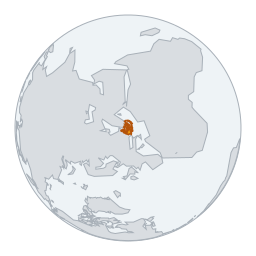 the Earth from above Greece, rotated 218°
{"feature_id": "GRC", "entity_name": "Greece", "entity_type": "country or territory", "adm_level": 0, "iso_a3": "GRC", "parent_name": "Europe", "parent_adm1": "", "projection": "orthographic", "projection_center": [23.941, 38.339], "detail": "fine", "context": "on_globe", "style": "filled", "palette": "amber", "viewbox_px": 256, "rotation_deg": 218, "n_neighbors": 0, "source": "natural_earth", "source_scale": "50m", "svg_char_len": 15035}
<svg xmlns="http://www.w3.org/2000/svg" viewBox="0 0 256 256"><g transform="rotate(218 128 128)"><circle cx="128" cy="128" r="113" fill="#eef3f6" stroke="#a8b0b8"/><path d="M88.1,22.7L88.9,22.4L85.7,23.6L87.5,23.0L91.6,21.5L93.9,20.8L105.7,18.8L119.5,17.2L123.6,16.4L122.9,17.1L130.6,15.7L137.9,16.0L129.8,16.0L129.0,16.3L134.0,16.4L134.3,16.8L136.9,17.2L136.9,17.7L132.1,18.0L131.9,18.4L135.5,18.5L137.7,19.3L132.5,19.1L135.7,20.6L128.3,22.0L114.4,21.9L110.4,24.1L96.2,28.2L97.6,28.7L93.1,30.9L93.0,32.4L90.4,33.0L92.5,33.7L94.9,32.9L96.7,33.0L96.8,33.9L93.5,34.7L93.0,34.4L92.1,35.1L90.4,35.2L91.3,35.6L87.3,36.7L91.5,37.0L88.4,39.1L85.7,39.4L85.8,37.6L79.7,34.8L77.0,35.0L73.1,37.0L66.2,44.3L63.3,45.6L59.5,48.7L61.2,48.6L64.7,46.3L66.9,47.3L71.0,44.6L72.5,44.7L76.8,43.0L76.4,45.3L73.6,48.6L70.0,50.3L68.7,51.9L72.3,52.1L65.7,57.3L61.7,64.7L60.0,66.0L56.4,64.8L55.9,59.8L51.2,59.4L54.5,61.9L50.1,65.5L49.5,67.2L49.8,68.4L51.5,68.0L50.1,69.8L46.4,67.7L47.6,66.0L48.8,66.6L48.6,64.5L46.0,63.6L44.0,65.7L42.3,62.9L40.8,64.6L39.6,65.0L42.1,62.5L37.7,67.1L35.3,66.2L29.3,74.7L35.0,65.6L36.9,62.3L38.7,59.5L37.7,60.8L40.5,57.1L46.1,50.7L52.1,44.7L58.6,39.3L65.5,34.3L72.7,29.9L80.3,26.0L88.1,22.7ZM18.8,100.5L18.5,102.2L17.3,107.3L18.1,104.8L17.3,109.3L17.6,116.6L17.3,117.1L17.3,129.6L19.4,139.3L19.8,144.7L19.4,146.2L20.5,149.3L20.6,150.9L27.0,163.1L31.7,172.1L32.6,177.3L30.6,179.3L33.4,188.5L31.7,186.3L27.7,179.3L24.3,171.9L21.4,164.4L19.1,156.6L17.3,148.7L16.1,140.7L15.5,132.6L15.4,124.5L16.0,116.4L17.1,108.4L18.8,100.5ZM29.0,74.2L27.7,77.2L23.4,88.1L24.3,84.7L25.8,81.2L27.9,76.5L29.0,74.3L29.0,74.2ZM29.4,75.7L30.0,74.2L29.6,75.4L29.4,75.7ZM94.9,20.4L91.7,21.5L87.9,22.8L90.5,21.8L94.9,20.4ZM102.2,18.7L100.8,19.1L98.9,19.3L100.3,19.0L102.2,18.7ZM126.5,15.9L123.9,16.1L126.3,15.9L126.5,15.9ZM137.3,17.1L138.0,17.0L139.1,17.3L137.3,17.1ZM76.8,41.9L76.8,42.4L76.0,42.5L76.8,41.9ZM78.6,40.7L77.7,40.3L78.4,39.7L79.0,39.9L78.6,40.7ZM139.9,18.4L141.4,19.0L139.1,18.4L139.9,18.4ZM79.6,41.3L79.9,38.7L81.2,37.7L84.5,37.7L79.6,41.3ZM141.8,19.4L145.5,21.1L147.3,20.9L144.4,22.6L142.2,20.4L139.0,19.7L141.3,19.8L141.8,19.4ZM95.6,32.3L93.1,33.2L95.0,31.6L95.6,32.3ZM96.4,31.3L100.0,27.0L103.9,26.3L101.9,27.8L106.7,26.5L106.8,28.2L104.2,29.3L101.7,29.4L103.7,30.1L96.4,31.3ZM142.2,23.4L142.4,24.0L141.3,23.5L142.2,23.4ZM97.5,32.9L97.9,32.0L101.2,31.3L101.1,33.0L100.1,32.7L97.5,32.9ZM107.9,25.3L110.4,25.2L111.2,26.6L112.2,26.8L107.2,28.2L107.9,25.3ZM99.4,33.3L100.9,33.9L99.5,35.1L97.4,33.8L99.4,33.3ZM102.2,30.5L103.8,30.3L102.8,30.9L102.2,30.5ZM95.3,39.9L95.6,38.7L97.4,38.2L95.3,39.9ZM101.6,34.1L102.1,33.7L102.8,33.4L103.5,34.1L101.6,34.1ZM108.1,29.1L107.9,29.8L110.2,28.6L110.8,29.7L107.3,30.5L109.1,30.6L109.3,31.0L106.3,31.3L108.1,29.1ZM106.5,33.9L102.3,35.6L101.2,37.9L99.5,38.4L101.6,34.6L106.5,33.9ZM106.6,32.3L106.2,33.4L104.4,33.3L103.6,32.6L106.6,32.3ZM112.6,30.2L112.4,28.3L113.2,28.2L112.6,30.2ZM106.5,34.6L107.5,34.2L106.6,34.8L106.5,34.6ZM111.1,31.5L110.9,30.8L111.8,30.7L111.1,31.5ZM109.7,34.1L108.3,34.5L107.7,34.0L109.7,34.1ZM110.6,32.9L111.8,32.9L108.3,33.5L110.4,32.6L110.6,32.9ZM111.9,31.6L112.4,31.3L111.9,31.9L111.9,31.6ZM112.7,36.0L108.4,36.8L107.1,35.5L111.4,34.9L112.7,36.0ZM62.8,173.8L55.7,156.1L59.1,151.3L59.5,144.1L82.5,125.5L87.5,128.4L105.7,128.2L108.0,129.4L106.0,135.3L119.8,143.6L124.0,138.7L136.4,142.4L144.5,141.6L147.1,130.0L133.8,131.2L131.4,125.7L141.9,120.0L153.5,119.3L152.9,117.2L145.5,113.2L148.0,108.9L142.9,111.6L145.1,113.6L141.9,115.4L139.7,113.8L140.7,112.2L137.2,111.5L133.4,119.6L135.2,122.5L126.0,124.2L128.2,129.3L125.7,131.8L121.2,124.1L121.5,121.2L113.3,112.6L112.1,115.7L119.8,124.2L117.4,123.5L115.9,128.2L115.2,124.0L107.1,114.5L98.7,115.4L88.3,125.6L83.3,125.5L79.1,122.0L82.8,110.4L93.4,112.0L94.8,108.4L92.5,102.2L95.9,103.3L96.3,101.1L100.2,101.5L105.7,97.0L109.7,96.9L111.8,90.4L114.1,89.6L112.2,93.6L113.1,96.5L123.1,96.7L125.0,95.3L125.5,91.2L128.2,91.9L127.4,87.9L133.1,86.2L125.5,85.1L125.9,80.6L129.2,77.3L128.0,75.7L122.5,81.3L121.6,83.7L123.0,86.1L119.2,93.2L115.8,94.3L114.6,86.4L109.6,87.2L110.8,81.1L124.8,69.1L130.7,66.8L140.7,72.0L139.4,74.8L135.2,74.3L139.2,78.7L138.8,76.4L141.1,77.2L142.0,73.5L143.6,73.9L141.7,69.8L143.8,69.9L145.0,72.5L148.2,67.5L152.5,66.8L152.4,65.6L151.1,64.4L157.5,64.6L157.2,63.7L155.0,63.2L152.9,61.1L151.6,57.7L153.9,57.9L154.6,59.2L159.6,62.5L161.3,66.1L162.1,65.9L161.2,62.8L155.1,58.8L153.7,56.6L156.8,58.2L155.6,57.4L155.6,56.5L157.8,55.8L154.5,54.1L151.7,44.2L155.5,42.3L158.6,44.5L159.0,38.8L163.4,37.7L161.3,37.2L160.2,34.5L158.8,34.8L157.7,34.4L154.1,28.3L155.0,27.3L151.1,24.7L150.0,24.6L149.2,25.1L144.4,22.6L147.3,20.9L149.6,21.4L149.9,20.3L155.0,21.6L159.3,22.4L164.6,24.9L167.6,25.5L167.4,25.0L171.2,25.8L180.0,29.4L173.9,28.5L161.0,24.7L166.4,26.3L165.4,26.6L167.5,27.7L171.3,28.9L171.5,28.6L179.0,35.2L188.6,41.3L187.3,38.5L189.2,38.4L198.9,44.3L212.2,58.9L214.9,60.1L217.0,62.3L218.7,65.6L215.8,62.5L215.1,63.2L213.1,61.1L215.0,65.8L212.3,63.0L215.1,68.3L217.1,69.5L216.5,66.2L220.0,72.2L222.9,73.3L226.3,77.9L231.8,91.6L232.7,99.3L233.4,101.3L232.2,101.4L233.0,107.4L237.2,112.9L237.9,115.8L238.1,125.3L237.6,123.4L234.4,123.8L235.5,131.3L238.1,132.7L239.0,137.8L237.8,138.9L236.7,134.7L235.5,134.6L234.6,128.4L231.2,121.6L229.9,126.3L228.8,122.7L223.9,118.5L221.4,125.1L218.2,141.0L219.8,150.6L217.8,156.8L210.5,147.2L206.8,138.8L204.4,141.4L196.6,136.6L183.9,142.1L181.9,140.1L179.6,142.3L174.1,141.5L171.0,137.9L167.7,139.1L176.1,148.5L179.5,147.1L182.1,141.6L183.8,145.2L189.1,146.8L183.9,158.8L164.8,172.9L162.6,165.9L146.4,147.0L146.8,144.5L146.7,144.2L146.5,143.7L145.3,148.0L142.4,144.0L151.4,158.0L153.0,164.2L164.5,173.4L163.5,174.8L167.1,176.3L178.3,170.4L178.4,172.8L173.3,185.3L157.6,202.4L159.5,210.3L158.1,217.0L147.9,222.5L148.5,226.6L143.2,228.6L142.7,230.7L138.3,233.2L131.0,235.3L119.0,235.1L118.4,233.6L112.8,229.7L105.0,218.7L108.3,213.7L107.3,209.0L98.6,197.1L100.5,190.9L98.1,187.8L93.2,187.7L90.4,183.8L87.4,183.1L68.6,180.4L62.8,173.8ZM74.8,136.9L74.2,139.1L74.8,136.9ZM166.1,124.2L172.8,122.8L169.3,116.4L171.6,115.4L169.5,113.7L169.0,116.0L163.9,111.1L166.6,108.2L165.5,105.3L163.1,105.7L159.0,111.8L166.3,118.6L165.0,122.0L166.1,124.2ZM17.7,116.7L17.6,118.6L17.4,117.5L17.7,116.7ZM23.5,86.1L23.0,87.6L22.5,89.2L22.7,88.3L23.5,86.1ZM21.2,98.7L21.0,100.9L20.9,99.5L21.2,98.7ZM22.9,89.8L21.3,97.2L21.1,95.1L22.2,90.5L21.9,92.5L22.9,89.8ZM27.9,77.7L27.4,78.9L27.0,79.5L27.9,77.7ZM29.1,76.6L29.2,76.3L29.8,75.2L29.1,76.6ZM50.4,65.6L50.6,65.9L50.6,67.4L49.8,67.2L50.4,65.6ZM55.1,71.7L52.7,74.5L53.9,72.2L52.3,72.3L53.0,67.9L59.2,66.4L56.3,67.8L55.1,71.7ZM55.6,61.8L54.5,64.6L55.4,61.7L55.6,61.8ZM94.3,89.6L95.7,91.3L94.3,93.6L89.1,94.4L91.2,90.9L94.3,89.6ZM98.0,93.2L98.3,85.5L101.4,85.0L99.6,86.5L101.7,86.9L99.3,89.6L102.2,96.8L101.1,99.4L92.2,99.0L95.7,97.6L94.2,95.9L98.0,93.2ZM93.2,69.4L93.3,66.7L100.0,68.9L99.1,71.1L94.0,71.9L92.0,69.7L93.2,69.4ZM85.3,42.1L85.0,41.5L85.9,41.2L86.9,41.5L85.3,42.1ZM95.3,39.4L88.0,45.0L87.2,44.5L83.9,48.8L80.4,49.0L82.7,46.2L77.6,49.8L78.2,47.3L75.0,50.0L80.4,43.6L80.8,41.7L81.7,43.6L84.8,43.4L86.3,42.7L90.7,39.6L93.1,35.8L96.6,35.1L98.5,35.7L98.4,36.6L96.2,36.6L97.7,37.7L94.4,38.5L95.3,39.4ZM118.0,46.6L115.4,45.8L117.9,49.2L114.7,49.5L115.2,49.9L112.8,51.2L110.9,53.5L109.4,53.3L109.3,54.4L107.7,55.3L107.1,56.7L104.1,56.9L103.1,58.7L102.3,57.8L101.3,60.8L100.7,58.7L98.7,60.0L100.3,61.3L86.0,60.5L80.5,62.2L76.2,64.8L75.8,61.2L79.5,56.6L85.3,52.2L90.7,51.3L89.5,50.0L91.8,49.2L91.8,50.6L93.1,48.0L94.9,47.8L100.1,44.7L100.9,41.5L102.8,40.4L103.4,41.6L104.9,39.7L107.3,41.2L108.7,40.6L112.5,41.5L112.8,44.3L114.4,43.3L117.3,44.2L118.0,46.6ZM113.7,36.3L114.8,39.3L113.6,41.0L107.5,38.7L105.9,39.2L101.9,38.0L103.8,35.6L104.8,36.1L106.1,36.1L105.0,36.8L106.9,36.2L108.3,37.0L110.2,36.7L110.0,37.7L113.7,36.3ZM110.5,127.3L112.3,127.7L115.0,127.6L114.1,130.7L110.5,127.3ZM104.9,120.9L106.5,120.6L106.5,124.7L104.6,124.4L104.9,120.9ZM107.3,117.2L106.5,120.3L105.9,118.4L107.3,117.2ZM113.7,93.2L115.4,92.8L115.6,93.8L114.7,95.2L113.7,93.2ZM124.9,57.8L123.7,56.8L124.1,56.3L123.3,53.3L125.6,53.0L127.1,54.7L124.9,57.8ZM144.9,132.3L142.6,134.7L141.3,133.8L142.4,133.1L144.9,132.3ZM127.6,133.2L131.6,134.5L127.3,134.0L127.6,133.2ZM127.4,56.9L126.7,55.7L128.3,56.3L127.4,56.9ZM127.3,52.6L129.2,53.0L125.8,52.6L127.3,52.6ZM176.6,211.5L168.2,223.5L163.1,224.8L162.5,222.3L165.9,215.5L171.9,212.1L175.0,208.2L176.6,211.5ZM239.0,147.1L238.6,148.9L239.0,146.6L239.5,143.6L239.0,147.1ZM238.9,146.8L237.8,147.5L234.2,141.8L235.6,139.6L238.9,140.1L238.7,141.8L239.4,142.2L238.9,146.8ZM240.3,136.2L240.3,137.0L240.2,133.4L240.3,130.1L240.4,128.5L239.6,113.5L239.7,113.4L240.6,124.8L240.3,136.2ZM220.2,151.2L222.6,155.1L221.3,157.3L220.2,151.2ZM238.2,104.9L239.3,111.2L237.9,103.9L238.2,104.9ZM236.7,98.9L237.2,100.6L236.9,99.9L236.7,98.9ZM234.5,103.9L234.4,106.1L233.8,104.8L233.6,101.3L234.5,103.9ZM229.0,81.9L231.0,85.7L231.7,87.3L230.7,85.8L229.0,81.9ZM146.7,54.1L145.3,58.5L145.8,61.8L148.6,63.8L144.1,63.1L143.2,57.9L146.7,54.1ZM150.8,45.3L148.4,43.8L149.8,43.4L150.6,43.7L150.8,45.3ZM149.1,45.1L145.4,45.4L144.3,44.0L147.4,44.0L149.1,45.1ZM136.4,50.8L135.8,52.1L134.6,51.5L136.4,50.8ZM237.7,102.4L237.2,100.3L236.9,99.3L237.7,102.4ZM236.2,96.8L236.6,98.9L234.1,92.1L233.7,90.4L235.8,96.1L236.2,96.8L236.2,96.8ZM217.6,61.1L216.2,59.7L215.2,58.0L216.4,59.4L217.6,61.1ZM210.6,51.8L214.5,57.1L217.4,61.7L217.7,61.6L220.4,65.2L218.7,63.9L214.9,58.5L213.2,55.6L210.6,52.9L207.9,49.7L204.9,47.3L203.0,45.4L205.1,46.8L210.6,51.8ZM203.7,46.5L197.6,41.9L196.7,40.2L197.9,40.8L201.0,43.5L201.3,44.3L203.7,46.5ZM195.9,40.4L196.1,41.2L187.6,37.7L185.6,36.6L191.6,37.9L192.1,38.8L194.3,40.0L195.9,40.4ZM143.5,23.9L142.5,24.0L143.0,23.6L143.5,23.9ZM157.0,34.6L155.6,34.0L156.3,33.4L157.0,34.6ZM152.2,32.0L152.4,33.1L151.2,31.9L152.2,32.0ZM153.1,35.5L152.0,33.4L154.4,35.6L153.1,35.5Z" fill="#d9dde1" stroke="#a8b0b8" stroke-width="1"/><path d="M131.3,121.3L131.9,121.5L132.0,121.9L131.9,122.0L131.5,122.3L131.6,122.7L131.2,123.2L131.1,123.3L130.8,123.0L129.9,122.9L129.7,122.8L129.3,123.0L128.8,122.9L128.2,123.3L127.7,123.3L127.9,123.7L127.8,123.8L128.1,123.9L128.4,124.1L128.6,124.4L128.3,124.2L128.0,124.0L127.7,124.1L128.0,124.5L128.0,124.8L127.8,124.7L127.6,124.3L127.2,124.2L127.2,124.3L127.2,124.5L127.6,124.8L127.2,124.8L127.1,124.6L127.1,124.3L126.4,123.9L126.5,123.6L126.0,123.7L126.1,124.0L125.9,124.5L126.0,124.6L126.3,125.1L126.5,125.6L126.9,126.0L127.1,126.4L126.8,126.5L126.7,126.4L126.8,126.2L126.6,126.0L126.4,126.1L126.4,126.4L126.5,126.6L126.3,126.9L125.9,126.9L126.6,127.2L126.8,127.3L127.1,127.6L127.4,127.7L127.6,128.0L128.0,128.1L128.1,128.4L128.2,129.2L128.0,129.3L127.4,128.6L126.8,128.7L126.6,128.9L126.8,129.1L126.8,129.4L127.2,129.5L127.3,129.8L126.8,130.0L126.7,129.9L126.6,129.7L126.2,129.5L126.2,129.8L126.3,130.1L126.6,130.9L126.6,131.3L126.8,131.7L126.5,131.6L126.2,131.0L125.9,131.1L125.7,131.5L125.5,131.2L125.1,130.5L124.9,130.6L124.8,131.0L124.5,130.9L124.3,130.4L124.3,130.2L124.5,130.0L124.5,129.8L124.3,129.5L123.9,129.3L123.9,129.1L123.6,128.8L123.9,128.6L124.1,128.2L124.5,128.3L124.7,128.0L124.9,128.0L126.4,128.7L126.7,128.5L126.8,128.4L126.7,128.3L126.3,128.2L125.7,127.8L125.0,127.8L124.2,128.0L124.0,127.7L123.9,127.9L123.7,127.9L123.5,127.3L123.3,127.1L123.2,127.0L123.1,126.9L123.3,126.7L123.7,126.8L123.7,126.6L123.2,126.6L122.7,126.1L122.5,125.9L122.3,125.5L122.0,125.2L122.2,125.3L122.4,125.3L122.5,125.0L122.5,124.7L123.1,124.4L123.3,123.8L123.5,123.7L123.7,123.4L123.6,123.1L124.1,123.0L124.2,122.9L124.5,123.0L124.8,122.8L125.1,122.5L125.4,122.4L125.9,122.5L126.2,122.4L126.3,122.1L126.8,122.1L127.0,122.0L127.5,122.0L128.1,121.9L128.2,121.7L128.8,121.7L129.0,121.9L129.2,122.1L129.3,122.0L129.6,122.0L129.9,122.3L130.7,122.1L130.9,122.1L131.2,122.0L131.2,121.7L131.1,121.4L131.3,121.3ZM127.8,133.5L128.1,133.5L128.2,133.4L128.4,133.4L128.4,133.5L128.5,133.6L128.5,133.8L129.3,133.7L129.7,133.7L129.9,133.9L130.5,133.9L130.9,133.8L130.9,134.3L131.0,134.3L131.4,134.1L131.6,134.1L131.8,133.9L131.7,134.4L131.6,134.5L131.0,134.5L129.4,134.7L129.2,134.4L128.8,134.2L127.4,134.1L127.4,133.7L127.5,133.4L127.6,133.6L127.7,133.3L127.8,133.5ZM127.0,126.6L127.4,127.1L127.9,127.3L128.3,127.4L128.4,127.6L128.4,127.8L128.5,128.2L128.6,128.3L129.0,128.4L129.0,128.6L128.9,128.7L128.6,128.6L128.4,128.4L128.2,127.9L127.7,127.9L127.5,127.6L126.9,127.1L126.6,126.9L126.5,127.0L126.4,126.9L127.0,126.6L127.0,126.6ZM131.8,126.0L131.7,126.1L132.0,126.4L132.0,126.6L131.9,126.5L132.0,126.7L131.7,126.7L131.4,126.6L131.6,126.3L131.4,126.3L131.3,126.5L131.0,126.4L130.9,126.3L131.0,126.1L131.3,126.1L131.4,125.9L131.7,125.9L131.8,126.0ZM134.2,132.6L134.1,132.3L134.0,132.1L134.3,131.8L134.8,131.6L134.7,132.0L134.6,132.3L134.4,132.4L134.2,132.6ZM131.4,128.0L131.2,128.3L131.0,128.2L131.2,127.9L130.9,127.6L131.2,127.4L131.4,127.6L131.4,128.0ZM122.8,127.6L122.9,128.0L123.0,128.1L123.1,128.3L122.8,128.3L122.7,128.4L122.6,128.1L122.6,127.9L122.8,127.6ZM122.1,125.7L122.2,125.8L121.8,125.7L121.5,125.0L121.8,125.0L122.0,125.1L121.8,125.3L122.0,125.6L122.1,125.7ZM130.3,124.6L130.1,125.1L130.0,124.9L129.9,125.1L129.7,125.0L129.7,124.7L129.9,124.7L130.0,124.8L130.3,124.6ZM132.5,129.0L132.8,129.0L132.5,129.3L132.1,129.2L132.5,129.0ZM129.2,123.5L128.9,123.5L128.9,123.4L129.0,123.2L129.3,123.3L129.2,123.5ZM123.3,129.0L123.1,129.2L122.8,128.9L123.0,128.7L123.1,128.9L123.3,129.0ZM130.5,130.7L130.4,130.8L130.2,130.5L130.5,130.2L130.6,130.3L130.5,130.7ZM129.6,129.1L129.6,129.3L129.2,128.9L129.2,128.7L129.3,128.7L129.4,128.8L129.6,128.8L129.6,129.1ZM133.3,133.5L133.1,133.7L133.0,133.3L133.1,133.0L133.1,132.9L133.1,133.2L133.3,133.5ZM123.0,127.3L122.8,127.4L122.9,127.1L123.0,126.9L123.0,127.3ZM126.7,132.1L126.6,132.3L126.4,132.2L126.4,131.8L126.7,132.1ZM133.4,130.8L132.7,131.1L133.1,130.7L133.4,130.8ZM131.5,129.5L131.2,129.6L131.3,129.3L131.7,129.3L131.5,129.5ZM130.1,130.5L129.8,130.6L129.9,130.4L130.0,130.3L130.1,130.5ZM130.0,129.4L130.0,129.6L129.9,129.5L129.6,129.3L130.0,129.4ZM129.1,127.1L128.9,127.1L129.0,127.0L128.8,126.9L128.8,126.7L129.0,126.8L129.1,127.1ZM130.6,123.9L130.4,123.9L130.4,123.7L130.6,123.9ZM128.9,131.1L128.9,131.3L128.6,131.3L128.7,131.1L128.8,131.2L128.9,131.1ZM131.0,131.0L130.8,131.0L131.2,130.7L131.3,130.8L131.0,131.0ZM128.7,129.4L128.5,129.6L128.5,129.4L128.7,129.4ZM130.3,129.8L130.1,129.8L130.1,129.7L130.4,129.7L130.3,129.8ZM132.0,131.4L131.8,131.5L131.7,131.5L131.7,131.4L131.8,131.4L132.0,131.4ZM132.8,130.6L132.7,130.7L132.6,130.4L132.9,130.5L132.8,130.6ZM128.8,129.8L128.7,130.0L128.7,129.9L128.8,129.7L128.8,129.8ZM123.1,127.9L123.0,128.0L122.9,127.6L123.0,127.7L123.1,127.9ZM130.3,131.2L130.2,131.3L130.1,131.1L130.3,131.2ZM127.8,126.5L127.7,126.5L127.5,126.3L127.8,126.5ZM127.4,128.8L127.2,128.8L127.3,128.7L127.4,128.8ZM130.4,131.8L130.3,131.6L130.4,131.8ZM129.2,130.8L129.2,130.7L129.3,130.7L129.2,130.8ZM134.2,131.2L134.2,131.4L134.2,131.2ZM128.0,126.2L127.8,126.4L128.0,126.2ZM129.6,129.7L129.6,129.9L129.5,129.6L129.6,129.7Z" fill="#f59e0b" stroke="#b45309" stroke-width="1.5"/></g></svg>